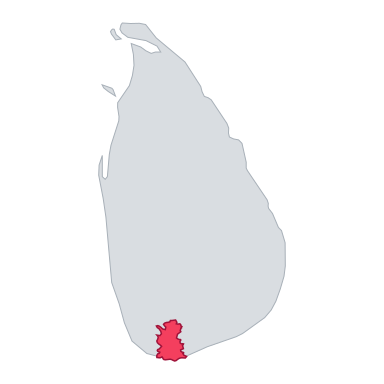 where Mātara sits in Sri Lanka
{"feature_id": "LKA-2466", "entity_name": "Mātara", "entity_type": "District", "adm_level": 1, "iso_a3": "LKA", "parent_name": "Sri Lanka", "parent_adm1": "", "projection": "mercator", "projection_center": [80.546, 6.16], "detail": "fine", "context": "in_parent", "style": "filled", "palette": "rose", "viewbox_px": 384, "rotation_deg": 0, "n_neighbors": 0, "source": "natural_earth", "source_scale": "10m", "svg_char_len": 2478}
<svg xmlns="http://www.w3.org/2000/svg" viewBox="0 0 384 384"><path d="M122.3,23.0L130.6,23.5L139.4,23.3L145.6,24.5L156.2,37.9L185.0,62.0L200.7,86.4L202.1,91.8L204.3,96.4L208.1,97.7L211.2,99.8L226.9,123.4L228.7,128.0L228.5,133.2L229.4,137.0L233.5,138.9L238.6,139.9L242.0,143.4L246.2,162.2L246.2,168.1L247.4,170.6L267.1,199.8L268.3,203.4L268.1,206.1L268.6,208.4L272.5,213.5L278.4,227.4L281.5,230.6L285.1,242.7L285.3,266.0L284.0,276.3L280.3,288.9L275.9,301.2L271.2,310.0L264.7,317.6L242.6,333.5L236.2,336.7L207.4,346.7L186.1,356.2L166.5,358.7L146.8,353.5L132.0,341.1L124.4,322.8L119.2,303.8L111.7,282.5L105.9,217.0L103.2,198.6L98.7,175.2L99.1,165.1L102.3,155.4L102.3,176.7L105.2,179.3L107.4,176.6L109.3,154.5L111.0,145.2L118.8,120.8L119.0,116.5L117.6,107.3L117.7,102.7L129.4,85.6L132.4,75.6L134.0,65.4L133.4,54.4L131.2,43.5L140.7,47.0L145.9,50.8L151.2,53.4L155.5,52.0L160.7,52.0L157.0,46.1L146.0,40.6L127.8,37.3L122.0,32.9L119.9,29.2L121.0,24.8L122.3,23.0ZM113.0,89.5L115.5,96.1L108.4,91.6L103.7,87.9L102.1,84.8L111.8,88.2L113.0,89.5ZM121.2,38.9L115.8,39.9L111.5,34.1L110.5,31.6L111.6,29.9L112.8,29.0L114.2,29.3L116.2,34.7L121.2,38.9Z" fill="#d9dde1" stroke="#a8b0b8" stroke-width="1"/><path d="M186.6,356.5L185.3,358.0L181.8,357.8L180.3,358.0L179.1,358.4L178.0,359.1L175.9,360.7L175.3,360.8L174.7,361.0L173.2,360.4L171.7,359.6L170.8,359.4L170.2,359.2L165.3,359.8L163.8,359.5L163.1,358.8L162.7,357.8L162.3,357.3L162.0,356.9L160.6,357.7L159.3,357.8L156.9,357.5L156.9,357.4L156.8,356.5L156.8,355.5L157.7,353.9L159.3,353.3L159.8,352.2L158.3,351.6L157.6,351.2L157.3,350.3L157.8,349.5L159.0,349.1L160.4,347.7L161.6,346.3L160.2,345.0L158.7,344.0L157.4,342.7L156.8,341.0L157.6,339.4L158.2,337.6L157.8,336.2L156.9,335.1L159.9,335.6L161.4,333.8L160.8,331.3L159.0,328.7L157.3,327.6L156.4,326.0L157.8,325.6L159.2,326.1L161.0,327.4L162.7,329.0L165.3,329.6L165.8,327.1L164.5,325.8L163.5,324.3L164.7,323.1L166.4,322.5L168.1,322.3L169.8,321.9L170.4,320.5L171.9,320.5L175.6,320.0L176.9,322.3L176.3,323.8L177.9,324.1L179.9,323.8L180.9,325.0L180.8,325.8L181.9,326.6L181.5,327.1L181.5,327.9L180.7,328.2L180.8,328.8L180.2,330.4L180.8,331.7L177.5,334.2L176.5,338.0L177.9,339.0L179.6,339.6L180.3,339.5L180.8,340.0L180.4,340.9L179.9,341.6L180.2,343.1L181.6,343.9L182.6,343.7L183.5,343.9L183.2,344.7L182.5,345.4L183.4,348.7L180.6,349.9L180.8,351.3L182.0,352.1L182.8,352.2L183.6,352.6L183.5,353.3L182.9,353.6L183.9,355.2L186.1,356.2L186.6,356.5Z" fill="#f43f5e" stroke="#9f1239" stroke-width="1.5"/></svg>